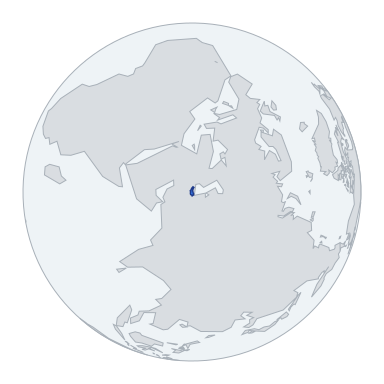 globe centered on Mazandaran, rotated 91°
{"feature_id": "IRN-3214", "entity_name": "Mazandaran", "entity_type": "Province", "adm_level": 1, "iso_a3": "IRN", "parent_name": "Iran", "parent_adm1": "", "projection": "orthographic", "projection_center": [52.513, 36.378], "detail": "coarse", "context": "on_globe", "style": "filled", "palette": "blue", "viewbox_px": 384, "rotation_deg": 91, "n_neighbors": 0, "source": "natural_earth", "source_scale": "10m", "svg_char_len": 10971}
<svg xmlns="http://www.w3.org/2000/svg" viewBox="0 0 384 384"><g transform="rotate(91 192 192)"><circle cx="192" cy="192" r="169" fill="#eef3f6" stroke="#a8b0b8"/><path d="M195.8,23.1L202.2,23.9L219.6,27.2L227.6,28.4L223.9,28.4L240.6,31.2L251.6,35.0L237.6,30.8L235.0,30.5L241.7,32.9L240.5,33.2L243.1,34.6L241.0,34.9L233.0,32.9L231.5,33.2L236.3,35.0L237.3,36.7L230.4,34.1L231.4,36.9L218.3,35.1L201.5,29.5L192.6,30.3L171.3,29.9L171.7,30.9L163.8,31.9L161.3,33.6L158.1,33.5L158.9,35.0L162.4,34.9L163.9,35.6L162.7,36.7L158.4,36.5L158.3,36.0L156.4,36.5L154.7,36.1L154.9,36.9L149.8,36.9L153.1,38.6L147.6,40.1L144.6,39.7L147.3,37.4L146.9,32.4L144.8,32.0L139.1,33.3L123.5,40.0L120.1,40.9L113.9,43.6L114.6,43.9L119.8,42.0L119.6,43.7L126.0,41.6L126.9,42.1L132.4,41.2L129.0,43.9L122.7,47.2L118.0,48.2L115.0,49.8L117.6,51.2L106.7,55.9L96.0,64.2L93.5,65.4L92.2,62.8L97.4,56.4L95.7,54.8L94.2,58.7L87.9,62.3L85.7,64.3L84.6,65.9L86.0,65.8L83.3,67.8L83.7,64.3L86.2,62.4L86.0,63.4L88.4,60.6L88.7,59.0L85.5,61.4L89.0,58.1L99.4,50.7L110.3,44.1L121.6,38.4L133.4,33.5L145.5,29.6L157.8,26.5L170.4,24.4L183.1,23.3L195.8,23.1ZM201.5,23.3L202.0,23.3L199.4,23.2L199.2,23.2L201.5,23.3ZM233.5,29.4L229.8,28.3L233.8,29.3L233.5,29.4ZM243.8,34.8L245.2,35.1L245.9,35.8L243.8,34.8ZM133.9,39.9L133.2,40.5L132.5,40.3L133.9,39.9ZM137.0,39.0L136.8,38.3L138.2,37.8L138.3,38.2L137.0,39.0ZM243.4,37.0L244.1,38.2L242.0,36.6L243.4,37.0ZM137.0,40.0L140.8,37.0L143.3,36.1L145.9,37.2L137.0,40.0ZM243.6,38.7L245.3,42.2L248.7,42.9L240.1,43.1L241.5,39.9L238.4,37.6L241.7,38.8L243.6,38.7ZM163.9,34.4L160.2,34.6L164.4,33.4L163.9,34.4ZM166.2,33.5L176.9,29.8L181.8,30.4L177.2,31.4L184.5,31.6L181.7,33.6L177.1,33.9L174.4,33.1L175.4,34.6L166.2,33.5ZM235.1,42.9L234.3,43.6L233.6,42.5L235.1,42.9ZM164.8,35.8L166.5,34.9L170.9,35.2L168.3,37.2L167.7,36.4L164.8,35.8ZM187.8,30.8L190.6,31.5L189.1,33.3L189.9,33.9L182.0,33.7L187.8,30.8ZM166.1,36.9L166.9,38.2L163.7,39.1L163.4,36.7L166.1,36.9ZM173.2,34.6L175.1,34.9L173.2,35.3L173.2,34.6ZM153.1,43.5L155.0,42.1L157.5,42.1L153.1,43.5ZM167.3,38.6L168.4,38.3L169.6,38.2L169.4,39.3L167.3,38.6ZM181.5,35.1L180.3,35.8L184.7,35.3L183.7,36.8L178.6,36.5L180.4,37.3L180.1,37.8L176.3,37.0L181.5,35.1ZM172.8,40.2L166.0,40.7L161.8,43.1L159.5,43.1L166.6,39.2L172.8,40.2ZM175.2,38.3L173.2,39.5L171.3,38.7L171.6,37.5L175.2,38.3ZM184.9,38.1L187.7,35.8L188.7,36.0L184.9,38.1ZM172.0,41.0L173.6,40.9L171.9,41.3L172.0,41.0ZM181.4,39.1L182.2,38.2L183.3,38.4L181.4,39.1ZM176.3,41.6L174.1,41.7L174.1,40.8L176.3,41.6ZM178.9,40.5L180.3,41.1L175.5,40.4L179.1,40.1L178.9,40.5ZM182.3,39.4L183.2,39.3L181.8,39.8L182.3,39.4ZM177.2,45.1L171.2,44.5L171.4,42.4L177.2,43.3L177.2,45.1ZM40.9,219.0L38.3,190.3L42.4,184.4L45.2,173.9L75.2,155.1L79.3,161.0L100.4,167.7L102.6,170.4L97.7,178.1L111.6,195.7L119.0,190.4L133.9,201.0L145.5,203.4L153.8,187.9L135.0,183.7L134.1,174.9L151.1,171.3L168.0,175.4L168.2,172.2L159.5,163.3L165.4,158.2L156.8,159.7L158.8,163.5L153.4,164.8L151.3,161.4L153.4,159.7L148.9,157.2L139.7,166.9L140.8,171.8L127.7,170.4L128.2,178.6L124.0,181.1L121.6,168.2L123.4,164.2L117.2,148.7L114.1,152.5L119.7,167.7L117.1,165.7L113.0,171.8L114.0,165.7L108.7,148.7L98.3,146.7L81.5,157.2L76.1,155.3L73.3,148.7L83.0,133.7L93.8,139.9L97.4,135.3L98.3,125.8L101.5,128.7L103.2,125.8L107.6,127.9L116.8,123.6L121.7,125.2L128.3,116.9L131.7,116.8L126.9,121.6L126.1,126.0L138.7,130.3L142.0,129.2L145.2,123.7L148.3,125.9L149.8,120.0L158.5,120.1L149.2,115.3L152.8,109.3L159.6,106.1L159.1,103.5L148.0,108.8L145.1,111.8L145.2,115.7L135.8,123.9L130.8,124.0L134.4,112.6L127.8,111.6L133.4,103.7L160.0,93.2L169.5,92.7L179.1,104.0L175.2,107.3L169.8,104.6L172.1,112.5L173.2,109.2L175.7,111.2L179.8,106.6L181.8,107.9L182.3,101.5L185.2,102.6L184.8,106.6L193.3,101.3L200.1,102.4L201.0,100.7L200.1,98.5L209.4,101.7L209.7,100.3L206.8,98.7L205.5,94.9L206.8,89.8L209.9,91.2L209.8,93.2L214.4,99.9L213.8,105.5L215.2,105.6L216.5,101.1L210.9,92.9L210.8,89.4L214.1,92.9L212.9,91.3L213.8,90.1L217.6,90.3L214.3,86.4L220.3,72.3L228.3,71.7L230.6,76.0L238.1,69.1L246.5,70.0L243.8,68.3L245.6,64.5L243.0,64.1L241.8,63.1L245.1,54.2L248.3,53.5L246.7,48.7L245.3,48.0L242.8,48.1L240.1,43.1L248.7,42.9L251.4,44.5L255.0,43.7L260.6,47.7L267.0,50.9L271.2,56.3L275.8,58.7L276.7,58.2L283.6,61.4L295.0,70.7L282.1,65.5L264.2,54.0L271.2,58.6L268.5,58.5L270.3,60.8L275.3,64.2L276.6,64.1L278.9,75.6L288.8,88.4L290.8,84.4L295.4,85.7L308.4,98.8L317.5,124.9L323.8,128.7L326.5,132.8L326.0,138.0L322.1,132.0L318.6,132.2L316.5,128.2L314.4,135.1L311.2,129.8L311.2,138.2L314.9,141.1L317.9,136.7L319.2,146.7L326.6,150.5L331.1,159.1L331.3,180.7L325.8,191.4L326.2,194.6L322.1,193.7L319.6,202.3L329.6,213.8L330.3,218.4L324.8,231.8L324.2,228.6L313.3,226.2L313.4,238.0L321.7,242.4L324.6,251.0L319.1,251.3L315.9,243.9L312.1,242.7L311.6,232.9L305.6,220.6L300.0,226.4L299.0,220.4L289.8,211.3L281.0,219.0L267.8,240.0L268.3,255.1L262.8,263.1L250.3,244.4L246.1,230.1L240.7,232.6L228.6,221.5L205.0,222.9L202.4,218.9L197.8,221.0L189.4,217.0L185.9,210.3L180.4,210.6L190.1,228.2L196.0,227.8L202.2,221.1L203.6,227.3L211.8,232.3L199.8,247.3L166.1,258.8L164.3,247.3L146.2,212.2L147.6,208.6L147.6,208.2L147.4,207.4L144.3,213.0L141.7,205.9L149.7,230.5L150.5,240.3L165.6,259.4L163.8,261.0L169.2,265.0L188.0,261.6L187.7,265.3L178.0,281.6L153.2,300.3L157.4,313.7L157.1,323.8L143.6,327.9L146.8,335.0L140.1,335.9L141.0,339.4L136.8,341.6L128.9,342.2L113.5,337.0L111.0,333.9L100.8,324.9L86.1,303.6L88.3,296.7L86.2,289.0L75.3,267.1L77.5,258.2L75.0,252.5L69.5,250.5L66.8,243.6L63.7,241.4L45.4,230.9L40.9,219.0ZM62.3,168.7L60.9,171.6L62.3,168.7ZM184.3,188.3L195.3,189.6L192.9,178.7L197.0,178.5L194.6,175.1L192.7,178.0L187.4,168.7L193.1,165.9L193.1,161.3L189.3,160.7L179.8,167.4L187.2,180.5L183.6,184.7L184.3,188.3ZM87.9,62.5L87.7,62.8L86.1,64.8L85.9,64.3L87.9,62.5ZM84.6,71.5L80.3,74.6L83.2,71.9L82.1,71.6L86.9,66.0L92.5,65.7L89.1,66.7L84.6,71.5ZM94.9,58.9L91.2,62.2L95.0,58.6L94.9,58.9ZM108.3,109.0L108.7,111.8L105.6,114.5L99.4,113.7L103.9,109.7L108.3,109.0ZM110.2,115.4L115.4,104.9L119.5,105.4L116.3,106.8L118.5,108.2L114.0,110.9L112.7,122.1L109.8,125.2L99.9,121.3L104.7,120.7L104.0,117.7L110.2,115.4ZM121.7,81.0L124.1,77.5L129.9,82.9L127.0,85.6L120.6,84.7L120.3,81.0L121.7,81.0ZM140.7,42.9L141.3,41.9L142.5,41.8L143.0,42.6L140.7,42.9ZM153.8,42.8L139.7,47.3L139.6,46.3L131.5,50.7L128.1,49.9L133.4,47.0L124.7,49.9L128.1,47.0L122.3,49.3L134.6,43.0L137.3,40.9L135.6,43.5L138.7,44.2L140.8,43.9L149.0,41.5L156.5,37.7L160.8,38.1L161.8,39.5L160.7,40.5L158.3,39.8L158.5,41.6L154.1,41.4L153.8,42.8ZM171.5,60.7L169.2,58.5L168.9,64.0L164.5,63.1L164.7,63.8L160.6,64.6L156.0,66.8L154.4,66.0L153.3,67.3L150.6,67.9L148.5,69.5L144.9,68.6L142.1,70.5L142.0,69.1L138.2,72.6L139.4,69.7L135.9,70.5L136.6,73.0L121.9,66.6L114.8,66.9L108.2,68.9L111.2,64.1L119.2,59.2L129.2,55.6L135.6,56.3L135.8,54.2L138.9,54.0L137.4,55.7L141.5,53.0L143.7,53.3L152.6,51.3L157.1,47.5L160.5,46.9L159.8,48.5L163.6,46.8L164.6,49.6L167.0,49.2L170.4,51.9L167.7,55.6L170.6,55.0L173.3,57.3L171.5,60.7ZM178.0,45.9L175.8,50.1L172.3,51.8L167.8,46.5L165.5,46.4L162.5,43.6L167.7,41.3L168.0,42.3L169.6,42.7L167.4,43.2L170.3,43.2L170.9,44.6L173.4,45.0L172.0,46.2L178.0,45.9ZM106.7,168.5L108.7,169.7L112.1,170.7L109.6,174.7L106.7,168.5ZM102.8,157.0L104.8,157.2L102.9,163.0L100.9,161.9L102.8,157.0ZM107.5,152.7L105.1,156.8L105.2,153.9L107.5,152.7ZM128.9,121.7L131.3,121.8L130.9,123.2L128.8,124.8L128.9,121.7ZM169.7,78.2L168.9,76.3L170.0,75.9L171.7,71.5L175.0,72.1L175.3,74.9L169.7,78.2ZM149.7,190.1L145.5,192.6L144.1,190.7L145.9,190.2L149.7,190.1ZM125.9,183.9L130.6,187.5L125.1,185.0L125.9,183.9ZM173.6,78.1L173.9,76.2L175.4,77.7L173.6,78.1ZM177.6,72.3L179.6,73.7L175.6,71.7L177.6,72.3ZM223.6,357.6L225.3,357.5L222.5,358.0L223.6,357.6ZM186.2,324.4L177.5,339.8L169.4,339.3L166.8,334.8L169.2,325.3L178.3,322.9L182.4,318.2L186.2,324.4ZM344.7,254.1L346.6,252.1L346.4,252.8L344.7,254.1ZM342.9,254.6L345.3,251.9L342.3,256.4L342.9,254.6ZM346.2,250.9L348.5,246.7L349.6,244.5L349.2,245.9L346.2,250.9ZM341.2,256.5L330.4,266.2L325.7,268.3L327.2,265.2L334.8,259.7L341.2,256.5ZM326.8,265.4L319.1,264.5L306.2,252.2L310.9,250.2L323.9,254.4L323.2,256.9L327.8,258.7L326.8,265.4ZM343.9,239.4L343.0,245.9L337.4,250.9L334.6,252.4L332.8,246.4L333.9,241.6L336.2,239.7L343.5,218.2L346.5,218.7L344.6,226.9L346.9,229.8L343.9,239.4ZM269.2,256.3L273.7,263.6L270.5,266.0L269.2,256.3ZM345.1,205.3L343.1,214.6L344.5,203.6L345.1,205.3ZM345.1,195.9L345.9,198.7L344.1,197.1L345.1,195.9ZM327.5,199.0L325.1,201.8L324.3,199.6L327.0,194.8L327.5,199.0ZM334.6,166.4L337.1,172.9L337.5,175.6L335.2,172.7L334.6,166.4ZM202.9,82.8L196.7,88.0L194.6,92.7L196.9,96.6L191.0,93.6L194.4,86.3L202.9,82.8ZM217.8,73.3L215.8,70.3L218.4,70.4L219.2,71.1L217.8,73.3ZM215.4,72.3L209.7,71.0L209.7,68.6L214.2,70.1L215.4,72.3ZM191.5,73.9L189.5,75.3L188.3,74.0L191.5,73.9ZM320.2,302.0L324.5,295.7L325.4,294.8L328.8,288.6L339.9,272.6L348.8,253.6L351.1,248.7L355.2,235.6L355.8,233.5L352.1,246.0L347.5,258.1L342.0,269.8L335.6,281.1L328.3,291.8L320.2,302.0ZM349.2,248.4L352.2,240.2L353.3,237.8L349.2,248.4ZM359.6,213.7L359.7,212.8L358.2,218.3L357.9,217.0L358.8,212.6L357.2,215.0L359.1,208.7L359.4,212.3L360.2,204.9L360.7,201.2L359.6,213.7ZM358.2,221.1L358.4,220.2L358.0,222.7L358.2,221.1ZM354.6,226.2L354.3,227.9L353.7,228.0L354.6,226.2ZM355.5,223.6L357.1,221.4L355.2,225.3L355.5,223.6ZM348.3,229.5L349.1,232.2L351.6,226.4L349.6,232.4L350.9,236.2L350.1,239.3L349.0,235.0L347.8,242.6L346.7,244.0L346.5,239.0L347.9,230.3L349.0,225.8L353.3,218.4L348.3,229.5ZM355.6,219.1L355.1,215.7L355.4,212.0L356.0,213.3L355.6,219.1ZM352.7,208.1L350.4,205.6L348.9,209.9L351.2,198.0L353.2,202.3L352.7,208.1ZM349.6,199.1L348.4,203.0L349.2,196.6L349.6,199.1ZM347.6,201.9L346.7,198.5L348.1,197.3L347.6,201.9ZM350.4,198.1L349.5,191.5L350.8,194.2L350.4,198.1ZM344.3,191.2L348.5,193.4L344.2,195.7L340.8,184.1L342.3,181.8L344.3,191.2ZM332.2,132.4L330.0,129.6L330.5,127.0L331.9,129.6L332.2,132.4ZM330.1,116.9L329.9,125.4L329.4,132.8L331.1,132.9L333.7,139.5L329.5,136.3L327.6,127.2L328.5,122.7L325.7,117.6L324.6,112.1L320.2,107.0L318.8,103.6L323.0,106.9L330.1,116.9ZM318.3,105.1L310.3,95.6L312.6,93.3L314.9,94.9L317.6,100.1L316.2,100.9L318.3,105.1ZM309.1,92.7L307.6,93.6L293.0,83.8L290.4,81.3L302.8,86.9L302.2,88.1L305.4,91.1L309.1,92.7ZM236.2,44.1L234.5,43.6L236.0,43.5L236.2,44.1ZM240.3,63.0L239.0,61.5L240.8,61.2L240.3,63.0ZM236.3,57.5L235.2,58.9L235.0,56.9L236.3,57.5ZM232.9,62.2L234.1,59.1L234.8,62.9L232.9,62.2Z" fill="#d9dde1" stroke="#a8b0b8" stroke-width="1"/><path d="M187.4,190.2L188.6,190.9L190.6,191.4L191.0,191.3L191.4,191.2L194.2,190.5L195.2,190.4L195.5,190.3L195.4,190.4L195.1,190.5L194.6,190.5L194.8,190.7L194.9,190.9L195.5,191.3L195.8,191.7L195.4,191.8L195.2,192.0L195.0,192.6L194.7,192.9L194.6,193.2L194.3,193.4L194.0,193.4L193.9,193.4L193.6,193.5L193.2,193.6L192.5,193.5L192.3,193.3L191.7,193.2L191.2,193.7L190.8,193.8L190.7,193.7L190.2,193.1L189.9,192.9L189.5,192.9L189.2,192.8L189.1,192.6L188.7,192.5L188.3,192.2L187.9,192.1L186.8,191.1L187.1,190.7L187.3,190.3L187.4,190.2Z" fill="#3b82f6" stroke="#1e3a8a" stroke-width="1.5"/></g></svg>